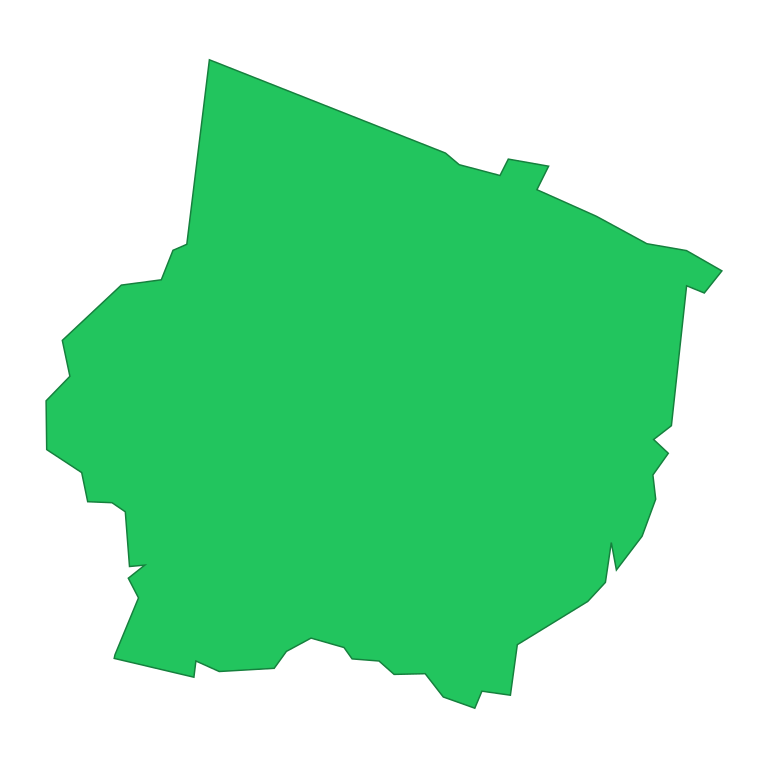 Maury, Tennessee, United States of America
{"feature_id": "52423323B71507411372136", "entity_name": "Maury", "entity_type": "district", "adm_level": 2, "iso_a3": "USA", "parent_name": "United States of America", "parent_adm1": "Tennessee", "projection": "natural_earth1", "projection_center": [-87.076, 35.629], "detail": "fine", "context": "isolated", "style": "filled", "palette": "green", "viewbox_px": 768, "rotation_deg": 0, "n_neighbors": 0, "source": "geoboundaries", "source_scale": "gbopen_adm2", "svg_char_len": 820}
<svg xmlns="http://www.w3.org/2000/svg" viewBox="0 0 768 768"><path d="M209.4,59.8L186.8,244.3L173.0,250.3L161.3,279.8L121.3,285.1L62.3,340.4L69.9,376.3L46.1,400.8L46.7,449.6L81.7,472.6L87.7,501.7L112.0,502.7L125.3,511.8L129.5,566.5L144.8,565.1L128.3,578.2L138.5,597.9L115.0,654.7L114.2,658.4L193.9,677.2L195.9,661.0L219.2,671.5L274.2,668.3L286.4,651.4L311.0,638.1L344.0,647.5L352.1,658.9L379.0,661.0L394.1,674.4L425.2,673.7L443.3,697.0L474.8,708.2L481.9,691.2L510.4,695.2L517.3,644.7L587.8,601.4L605.4,582.4L611.3,542.5L616.4,570.0L642.1,536.2L655.7,499.2L652.9,475.0L668.3,453.3L653.6,439.5L671.4,425.7L686.6,285.8L704.3,293.0L721.9,270.9L686.5,250.6L646.8,243.7L596.4,216.3L536.9,189.7L548.6,166.2L508.3,159.1L500.0,175.5L459.2,164.7L445.5,153.1L209.4,59.8Z" fill="#22c55e" stroke="#15803d" stroke-width="1.5"/></svg>